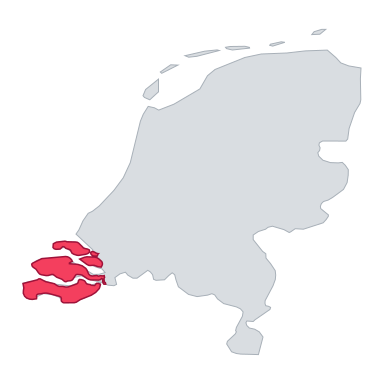 Zeeland highlighted on a map of Netherlands
{"feature_id": "NLD-903", "entity_name": "Zeeland", "entity_type": "Province", "adm_level": 1, "iso_a3": "NLD", "parent_name": "Netherlands", "parent_adm1": "", "projection": "natural_earth1", "projection_center": [3.94, 51.477], "detail": "fine", "context": "in_parent", "style": "filled", "palette": "rose", "viewbox_px": 384, "rotation_deg": 0, "n_neighbors": 0, "source": "natural_earth", "source_scale": "10m", "svg_char_len": 5212}
<svg xmlns="http://www.w3.org/2000/svg" viewBox="0 0 384 384"><path d="M258.4,354.6L249.3,354.3L240.8,354.1L236.4,353.5L231.6,351.8L229.4,348.3L226.7,344.0L227.4,341.3L235.3,333.9L236.4,331.8L235.6,330.7L236.4,327.4L242.4,316.3L243.1,311.9L240.4,308.8L236.4,306.9L223.7,303.6L217.5,298.9L214.7,294.9L211.9,293.7L207.7,295.1L197.1,296.6L188.5,294.4L178.4,286.8L176.0,279.9L174.7,274.7L172.2,272.8L168.8,275.5L164.5,279.8L156.0,280.3L153.6,279.3L153.1,277.0L152.6,274.7L150.3,271.9L147.8,270.3L137.0,278.2L133.0,278.2L127.9,275.2L125.4,272.2L119.9,273.9L114.9,277.6L116.6,284.4L113.9,285.7L107.8,285.1L100.8,282.2L93.1,280.5L81.3,275.8L65.0,279.6L53.6,275.0L44.1,274.6L38.2,270.9L31.9,264.7L36.4,260.6L40.8,259.2L58.1,258.4L70.7,260.9L93.3,274.4L99.0,274.3L105.1,272.6L102.0,268.9L96.3,267.2L87.9,263.5L81.2,258.5L96.9,256.8L94.7,254.2L92.7,249.7L76.0,234.1L78.9,229.9L83.0,220.8L88.2,213.3L92.4,211.3L99.2,206.0L113.9,190.4L123.3,177.7L130.3,162.6L140.4,121.2L143.3,114.2L148.2,106.4L154.4,107.8L158.7,110.1L173.9,104.2L199.9,88.9L207.5,75.7L215.0,69.5L244.8,57.5L261.3,54.0L286.8,53.0L305.2,50.9L327.3,50.1L335.8,57.5L340.8,62.9L348.7,65.9L361.0,68.0L360.4,78.7L360.8,99.8L360.0,103.5L354.6,112.5L349.1,128.5L347.7,139.0L345.9,141.1L322.6,141.0L319.4,142.8L318.9,145.1L320.1,147.8L319.6,150.5L317.8,152.7L318.8,156.2L322.9,160.2L330.4,162.6L338.3,162.9L342.3,162.4L345.3,165.3L348.3,169.7L348.2,175.2L347.1,182.6L343.5,189.4L332.8,197.3L328.1,200.1L323.5,201.5L321.4,203.6L320.4,206.2L320.7,208.6L328.4,214.9L328.3,216.4L326.1,219.6L323.2,222.8L303.4,229.2L295.2,228.7L290.6,231.9L289.2,232.5L283.9,229.6L272.4,226.2L268.0,227.3L265.6,229.2L258.4,231.5L253.2,235.0L253.2,239.6L262.6,251.4L265.8,253.7L266.0,258.1L270.6,263.7L275.2,270.6L275.7,275.0L275.3,279.5L273.0,285.8L265.1,300.7L265.0,303.5L265.7,305.7L268.5,306.3L270.6,307.4L270.0,309.4L255.1,319.7L253.2,321.5L246.9,321.0L245.9,322.7L246.8,325.5L249.3,328.0L254.7,329.2L259.3,331.9L263.0,337.0L258.4,354.6ZM100.8,282.2L99.5,286.5L96.1,291.2L84.3,298.1L72.1,302.5L65.7,302.0L61.4,299.6L59.1,297.2L52.5,294.8L43.5,293.6L37.9,296.2L33.9,298.6L30.4,298.2L27.7,296.2L25.7,293.1L23.1,283.2L29.8,281.4L44.3,280.8L55.6,284.2L70.4,285.9L81.7,281.2L90.7,285.2L100.8,282.2ZM76.2,242.2L84.9,248.4L86.7,250.3L87.4,252.5L76.4,254.9L64.7,247.3L57.0,249.1L54.1,245.5L54.1,243.3L62.1,241.4L76.2,242.2ZM158.5,91.8L149.8,99.8L144.5,97.5L143.0,95.7L145.6,89.5L158.5,79.1L158.5,91.8ZM196.8,56.3L188.7,57.2L185.0,55.7L204.6,51.2L217.1,49.9L219.3,50.5L196.8,56.3ZM249.6,48.1L232.4,50.0L226.5,48.6L225.5,47.3L230.2,46.5L245.0,46.3L249.5,47.4L249.6,48.1ZM177.9,65.1L161.7,73.3L160.3,72.0L170.7,64.8L177.9,65.1ZM319.9,34.2L311.8,34.6L314.1,31.7L321.6,29.4L325.7,29.4L319.9,34.2ZM284.9,42.3L272.7,46.1L269.7,45.3L270.4,44.2L281.2,41.8L284.9,42.3Z" fill="#d9dde1" stroke="#a8b0b8" stroke-width="1"/><path d="M32.3,299.4L29.4,299.1L27.4,298.3L26.7,298.1L24.6,296.2L23.3,293.3L23.4,290.7L23.8,287.9L23.0,283.5L37.4,279.8L38.7,278.9L40.1,278.8L45.7,281.7L54.3,283.7L57.2,285.7L59.1,286.4L62.7,286.4L66.0,287.1L68.2,286.9L76.8,283.9L78.0,282.8L78.5,280.5L79.4,279.5L81.3,279.6L83.3,280.2L84.6,280.9L85.2,281.6L86.2,283.3L87.0,284.0L88.0,284.3L90.1,284.5L91.0,285.1L91.6,285.3L94.6,285.5L96.2,283.7L96.7,283.3L98.5,283.4L100.4,284.3L100.4,284.8L99.7,287.4L99.2,288.6L95.7,292.4L91.3,295.2L80.3,299.6L76.3,302.2L74.3,302.7L63.8,302.8L62.7,302.4L61.4,301.2L61.2,300.0L61.4,298.7L60.9,297.2L59.2,296.3L48.4,293.4L46.1,293.1L43.9,293.2L40.4,293.9L39.0,293.9L37.7,294.2L36.7,295.0L36.5,296.3L36.7,297.8L36.5,298.8L32.3,299.4ZM105.7,284.2L103.9,284.2L103.6,283.8L102.9,282.5L102.6,281.1L102.7,279.9L102.5,279.0L101.6,278.5L100.5,279.6L98.6,280.1L90.6,279.9L88.8,279.4L87.0,278.5L82.1,275.1L80.7,274.7L76.9,274.4L75.7,275.0L73.1,279.0L72.1,280.1L70.7,280.7L67.5,281.0L66.4,281.6L65.4,281.7L64.5,281.4L62.0,279.3L56.7,277.2L53.2,274.5L51.8,274.4L48.2,275.5L46.2,275.6L41.2,274.7L39.6,274.0L38.2,272.4L37.0,270.6L36.0,269.2L33.1,267.2L32.1,266.0L31.7,264.1L32.7,263.1L41.8,258.6L65.6,256.5L67.6,256.8L68.9,257.4L70.3,258.4L71.6,259.8L72.4,261.5L71.5,261.8L70.0,262.6L69.4,263.0L69.4,263.7L77.9,264.4L82.2,265.8L85.8,268.4L87.0,270.2L88.7,274.1L90.1,275.5L92.2,276.0L96.8,275.5L98.5,276.2L100.3,275.7L103.2,275.9L104.2,275.6L104.6,277.4L104.3,277.8L104.2,278.2L104.0,278.5L104.1,279.8L104.4,282.0L105.3,282.6L105.6,283.3L105.7,284.2L105.7,284.2ZM84.0,248.3L87.7,249.1L89.4,250.0L89.6,251.9L88.6,253.0L87.2,253.8L85.6,254.3L78.8,255.4L77.2,255.3L73.9,254.3L72.0,253.2L71.2,251.7L70.6,250.2L69.2,249.4L65.7,248.3L65.2,247.8L64.6,247.2L63.9,246.7L62.7,246.6L60.5,248.7L60.0,249.1L56.0,249.3L54.2,248.8L53.0,247.5L53.3,243.8L56.5,242.1L63.9,241.3L64.3,241.2L65.8,241.3L66.9,241.8L75.4,242.0L77.4,242.3L78.8,243.2L82.1,246.5L82.5,247.0L83.1,247.7L84.0,248.3ZM101.2,267.1L98.0,266.7L94.3,265.4L93.0,265.3L90.2,265.5L88.8,265.4L86.7,264.3L79.7,259.1L84.4,257.3L86.8,256.8L94.7,257.1L97.0,257.7L99.1,259.1L101.5,261.3L101.8,261.6L102.4,263.1L102.4,264.4L102.3,264.9L101.2,267.1ZM97.2,256.1L93.7,256.0L92.8,255.7L91.9,255.2L91.2,254.5L90.8,253.5L90.6,252.7L90.8,252.4L92.3,251.4L94.3,252.0L96.2,253.1L98.2,253.7L98.3,253.7L98.2,253.8L97.2,256.1Z" fill="#f43f5e" stroke="#9f1239" stroke-width="1.5"/></svg>